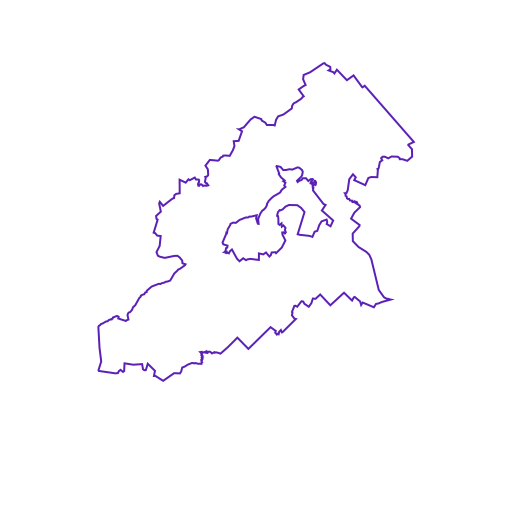 the district of Cieceres pag., Brocenu, Latvia, rotated 53°
{"feature_id": "27541924B20812887451136", "entity_name": "Cieceres pag.", "entity_type": "district", "adm_level": 2, "iso_a3": "LVA", "parent_name": "Latvia", "parent_adm1": "Brocenu", "projection": "mercator", "projection_center": [22.572, 56.663], "detail": "fine", "context": "isolated", "style": "outline", "palette": "violet", "viewbox_px": 512, "rotation_deg": 53, "n_neighbors": 0, "source": "geoboundaries", "source_scale": "gbopen_adm2", "svg_char_len": 6135}
<svg xmlns="http://www.w3.org/2000/svg" viewBox="0 0 512 512"><g transform="rotate(53 256 256)"><path d="M143.2,85.2L142.7,86.4L141.8,102.4L140.1,109.0L143.2,112.0L149.3,113.5L148.9,115.8L148.7,121.7L157.2,121.8L157.1,123.1L157.6,125.1L157.3,131.5L156.8,133.5L157.0,134.8L157.9,136.9L159.7,138.6L159.5,149.0L157.8,154.3L159.3,158.0L163.0,162.5L161.8,163.3L157.9,168.5L155.1,168.3L151.3,169.9L149.8,169.4L143.9,173.4L143.7,178.1L145.9,188.2L145.0,192.0L145.2,192.4L144.5,193.4L148.0,192.1L153.6,200.6L150.9,204.7L155.3,207.1L157.6,210.8L160.2,216.7L157.5,219.7L156.1,221.8L156.6,222.7L156.1,224.9L157.1,228.0L157.0,229.0L151.5,235.0L153.4,242.0L157.8,242.3L162.1,245.1L162.7,245.7L163.0,247.1L162.3,248.9L163.3,249.1L166.1,252.2L168.0,252.1L168.2,251.5L170.8,251.6L170.2,253.1L168.0,255.8L168.1,256.2L166.1,256.4L165.2,257.4L165.7,259.2L165.2,259.7L163.7,259.1L163.0,258.1L163.0,257.4L161.3,255.8L160.4,255.8L158.8,257.9L156.5,257.7L155.6,263.3L154.1,263.8L155.1,268.0L149.1,271.1L160.0,279.2L158.3,282.5L158.4,284.7L160.4,286.6L160.1,287.0L159.9,289.5L160.1,300.0L154.8,300.2L155.7,301.7L163.3,305.3L163.9,311.7L166.4,313.1L167.8,312.7L175.8,323.7L176.9,322.8L180.3,322.6L182.7,320.1L190.0,326.9L193.0,333.1L196.7,334.2L198.7,333.2L202.6,330.0L206.7,321.3L208.6,318.6L211.4,317.8L215.2,317.7L217.5,319.1L220.2,317.3L220.6,318.4L220.5,324.1L220.0,326.4L220.4,327.9L220.8,331.8L223.7,338.6L223.9,339.7L223.1,342.1L222.2,343.7L222.1,345.1L221.0,347.7L220.9,349.1L219.7,350.4L217.6,357.8L218.0,363.6L218.3,364.5L219.0,365.0L218.5,366.5L219.3,368.3L218.5,370.3L218.4,371.8L219.1,372.6L219.3,374.5L222.7,382.2L222.9,385.0L224.4,387.4L225.0,390.1L224.6,391.9L225.0,393.0L225.9,394.2L230.0,396.1L229.4,398.2L229.6,399.0L225.6,401.8L223.0,403.6L221.9,402.3L220.2,403.1L219.0,407.3L219.7,408.2L219.3,409.6L219.6,409.7L218.6,411.7L218.8,413.8L218.0,415.3L217.6,419.2L217.0,420.7L217.4,422.0L217.2,423.4L217.8,424.6L235.1,436.2L247.1,443.1L252.4,450.5L253.2,450.7L265.2,438.8L266.4,436.7L265.4,434.8L265.4,432.7L268.5,432.0L268.6,430.6L262.6,425.6L269.0,419.4L273.8,412.0L278.4,414.4L279.8,414.0L280.7,413.1L280.8,412.6L276.9,407.3L286.9,405.8L290.4,409.7L291.2,408.5L299.8,405.3L300.3,391.9L304.0,387.4L303.2,385.2L300.7,382.1L301.5,379.0L301.6,376.4L302.8,371.8L303.4,370.9L304.7,369.9L304.9,368.9L307.1,367.2L309.3,364.4L308.3,363.5L308.4,363.0L307.3,362.9L306.3,361.1L305.8,361.8L305.5,361.2L305.6,360.6L304.6,360.4L304.6,359.8L304.2,360.1L303.9,359.3L302.9,359.4L303.0,358.7L301.8,358.7L301.6,358.1L301.1,358.5L300.6,358.0L299.2,358.3L299.9,356.9L300.5,356.9L301.3,356.0L301.8,354.7L302.5,354.7L302.3,353.7L303.0,354.0L304.2,353.3L304.2,352.8L303.3,352.3L303.8,352.0L304.2,350.9L305.1,350.2L307.3,349.8L307.7,347.2L308.5,347.1L308.7,346.1L310.0,344.9L312.6,343.1L311.9,333.6L310.0,320.0L325.6,318.0L321.6,287.2L327.8,285.3L328.8,286.8L331.3,286.6L331.1,285.5L332.1,285.0L330.5,283.1L330.1,280.7L332.5,281.4L332.8,280.7L330.3,262.1L329.2,263.0L324.9,263.0L323.4,261.1L322.4,261.0L319.0,255.5L319.3,255.3L319.4,254.5L321.3,253.6L319.5,246.9L320.8,245.7L323.3,246.1L328.3,244.4L327.0,240.2L324.2,236.2L326.0,234.2L325.4,227.9L340.1,226.3L338.3,207.8L349.4,206.1L347.9,202.8L348.1,201.8L355.0,200.2L358.4,201.5L357.4,198.8L367.9,192.7L366.5,189.0L367.6,186.8L368.5,183.1L371.9,174.6L368.1,177.7L365.9,178.6L357.0,178.4L328.1,165.9L323.2,164.8L319.1,165.4L310.5,168.7L302.4,169.7L296.3,165.3L294.4,155.5L293.6,154.6L283.4,157.6L280.6,151.4L279.6,143.5L278.1,142.9L274.6,144.2L273.9,143.5L274.2,143.1L273.8,143.0L272.7,143.6L272.8,144.2L272.1,144.4L272.6,144.9L271.8,145.2L271.0,146.5L270.0,146.4L270.1,145.8L269.9,145.7L268.1,147.6L266.5,147.2L265.6,148.4L264.6,148.6L263.0,147.8L261.7,148.2L260.4,147.2L259.4,147.2L260.2,145.9L258.6,143.1L250.8,135.3L249.1,129.4L253.2,129.0L254.5,131.9L265.2,126.1L261.3,119.3L262.3,116.4L266.1,111.7L261.1,107.3L259.7,106.6L260.1,106.1L259.5,105.0L255.4,100.4L255.6,97.6L253.2,97.2L252.9,95.2L254.3,93.3L257.6,91.6L258.1,87.9L262.0,83.1L264.2,82.4L265.2,82.9L266.7,80.9L271.0,77.9L270.6,71.5L264.6,67.2L258.9,67.6L258.7,67.2L259.9,61.3L185.5,66.7L185.4,69.5L185.1,69.6L170.5,69.4L170.3,77.6L155.9,79.3L157.4,83.5L155.6,83.7L151.5,86.3L151.7,84.2L149.6,82.9L145.4,85.0L143.2,85.2ZM218.6,195.2L218.5,190.9L216.7,191.0L215.1,188.3L212.7,189.2L212.8,187.7L208.4,188.7L205.1,188.6L204.2,188.5L204.0,187.8L196.7,185.7L196.6,185.3L199.6,182.8L203.8,182.5L205.5,180.0L206.8,177.1L208.9,174.9L210.2,169.6L211.4,168.4L215.1,167.5L216.9,168.0L219.1,170.4L219.9,172.1L220.6,178.0L222.0,178.2L222.0,176.2L222.7,173.8L222.1,171.9L223.9,169.3L227.6,169.1L227.5,166.1L228.7,164.4L229.1,164.5L229.7,166.8L230.3,167.1L230.0,167.7L230.3,168.2L230.8,168.7L232.0,168.0L231.5,166.9L232.2,164.8L231.2,163.9L231.6,163.5L233.5,163.8L235.0,165.4L235.0,166.0L233.2,166.4L234.1,167.9L233.9,168.5L235.7,169.6L236.0,169.1L237.9,171.0L255.1,170.8L257.1,169.7L259.3,176.0L274.1,173.0L277.1,178.6L273.0,180.3L271.8,178.7L269.4,177.7L267.8,182.8L269.4,186.9L272.8,191.9L271.9,194.6L274.7,199.4L271.9,201.4L265.3,208.4L263.7,209.6L250.1,190.8L244.8,191.0L240.3,192.4L235.1,199.0L234.3,202.6L234.8,206.6L234.3,208.9L233.6,209.5L234.1,211.8L235.5,213.8L236.7,215.0L237.4,214.4L239.7,215.7L243.9,218.8L245.4,218.4L245.3,216.0L248.1,217.7L248.1,215.7L251.3,215.5L252.6,217.3L255.0,217.9L255.4,219.4L253.6,219.8L253.0,220.9L254.9,222.0L261.3,223.2L264.8,230.4L265.8,238.3L264.6,238.3L262.6,241.4L264.2,243.6L264.5,245.6L259.2,245.9L259.1,249.2L255.7,252.1L260.9,256.1L255.0,262.1L253.6,264.7L253.3,266.5L250.1,267.6L250.3,272.3L246.7,272.8L236.3,271.3L236.5,273.9L237.5,276.1L236.2,276.7L236.1,277.7L235.2,278.3L234.6,277.2L233.8,278.5L233.7,277.4L231.7,275.2L232.0,274.3L231.8,273.7L230.6,272.5L227.0,275.1L225.1,274.6L220.6,266.8L219.6,265.7L220.2,265.4L217.6,262.5L215.9,258.3L215.0,256.9L215.6,254.1L217.4,252.2L217.3,247.5L219.0,241.2L220.5,239.0L220.5,237.6L221.7,236.0L223.9,230.9L226.1,233.3L231.3,235.1L231.9,234.6L227.7,232.0L224.7,227.0L223.5,223.6L223.7,222.3L223.2,219.2L221.9,216.6L221.1,216.0L219.7,212.7L219.1,209.0L218.9,206.1L219.8,199.1L219.5,197.5L219.0,196.9L218.6,195.2Z" fill="none" stroke="#5b21b6" stroke-width="2"/></g></svg>